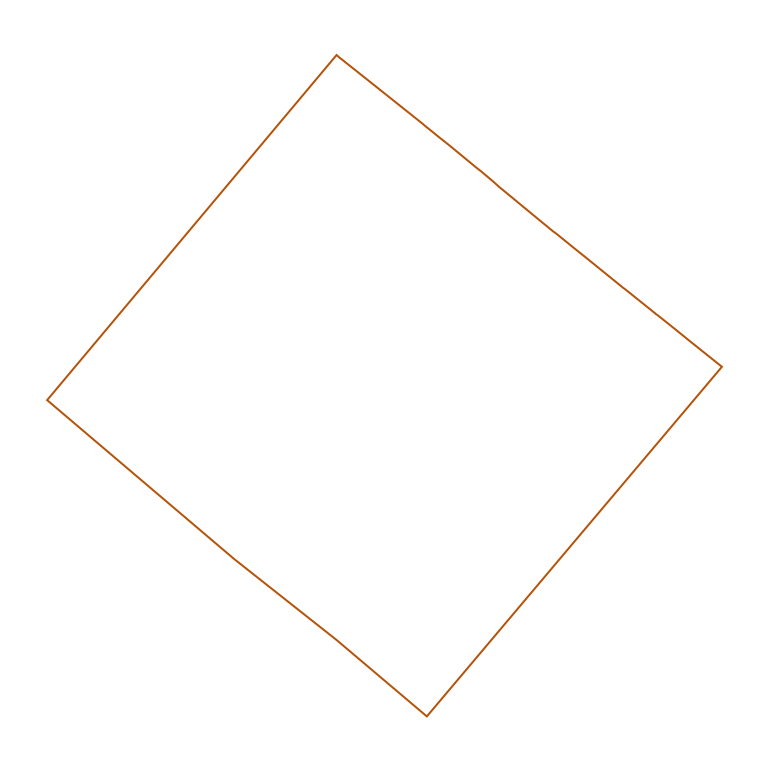 outline of Decatur, Iowa, United States of America, rotated 220°
{"feature_id": "52423323B8791661398177", "entity_name": "Decatur", "entity_type": "district", "adm_level": 2, "iso_a3": "USA", "parent_name": "United States of America", "parent_adm1": "Iowa", "projection": "equal_earth", "projection_center": [-93.771, 40.737], "detail": "fine", "context": "isolated", "style": "outline", "palette": "amber", "viewbox_px": 768, "rotation_deg": 220, "n_neighbors": 0, "source": "geoboundaries", "source_scale": "gbopen_adm2", "svg_char_len": 658}
<svg xmlns="http://www.w3.org/2000/svg" viewBox="0 0 768 768"><g transform="rotate(220 384 384)"><path d="M631.7,155.1L386.0,153.6L256.0,157.4L137.5,156.9L136.2,614.4L178.1,613.4L192.0,613.2L218.0,612.6L219.3,612.5L220.9,612.3L221.8,612.5L222.5,612.4L245.9,611.9L260.1,611.6L261.8,611.5L262.8,611.4L311.1,610.6L324.9,610.3L348.9,609.9L352.4,609.6L396.8,609.2L401.3,609.2L422.9,609.0L430.9,609.3L436.9,609.3L446.5,609.3L452.9,609.1L487.6,608.8L501.9,608.4L510.8,608.3L518.3,608.1L521.2,608.2L524.5,608.1L588.1,606.5L621.7,605.6L622.2,605.7L622.8,605.6L627.6,605.4L629.6,605.5L631.8,605.5L631.7,155.1Z" fill="none" stroke="#b45309" stroke-width="2"/></g></svg>